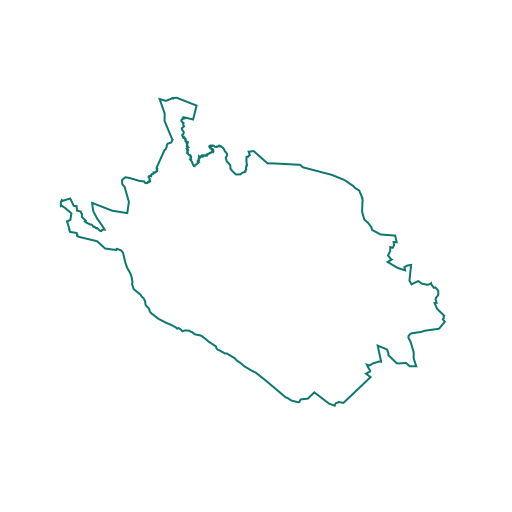 Jaunauces pag., Saldus, Latvia (Robinson projection), rotated 29°
{"feature_id": "27541924B95660010997208", "entity_name": "Jaunauces pag.", "entity_type": "district", "adm_level": 2, "iso_a3": "LVA", "parent_name": "Latvia", "parent_adm1": "Saldus", "projection": "robinson", "projection_center": [22.626, 56.459], "detail": "fine", "context": "isolated", "style": "outline", "palette": "teal", "viewbox_px": 512, "rotation_deg": 29, "n_neighbors": 0, "source": "geoboundaries", "source_scale": "gbopen_adm2", "svg_char_len": 6107}
<svg xmlns="http://www.w3.org/2000/svg" viewBox="0 0 512 512"><g transform="rotate(29 256 256)"><path d="M122.1,245.0L117.4,246.9L107.9,249.0L103.5,250.5L102.0,254.6L103.9,257.5L104.7,258.3L107.5,259.2L118.6,270.3L122.6,280.9L108.3,286.1L87.0,289.0L90.3,293.7L92.5,296.1L99.0,300.3L105.7,303.5L110.9,306.3L109.4,307.1L108.5,308.5L108.6,309.2L107.9,309.5L106.9,309.5L103.5,308.5L103.3,308.6L103.2,309.1L102.8,309.3L100.5,308.7L99.7,309.3L98.2,308.5L97.2,308.3L96.8,308.3L96.2,308.7L91.1,309.1L89.5,308.7L90.0,307.7L84.8,306.3L83.6,303.8L82.1,303.1L81.0,302.1L77.4,303.1L75.0,299.4L72.3,300.5L65.7,295.8L61.0,300.5L60.3,301.5L59.0,301.2L59.2,303.6L61.1,306.8L61.4,306.3L61.6,306.2L65.5,306.5L73.9,308.2L76.1,314.3L74.7,316.5L73.9,317.3L77.5,320.7L81.1,324.5L80.9,324.5L81.1,324.7L81.3,324.7L81.7,325.1L87.9,322.8L88.8,323.7L89.5,323.9L89.7,324.4L89.5,324.9L90.2,325.4L92.6,324.9L110.0,320.1L120.4,322.6L130.7,318.6L130.9,318.4L130.6,317.3L130.7,317.2L135.4,316.5L138.3,317.8L144.6,324.8L148.9,328.7L155.1,332.5L157.9,335.3L160.6,338.6L161.2,340.6L165.0,344.2L174.0,345.9L175.3,346.8L178.3,347.5L181.0,349.4L183.2,352.4L187.8,353.9L189.2,355.1L190.0,356.1L193.5,357.2L194.4,357.1L199.9,358.1L202.2,358.2L209.6,358.0L214.8,357.4L220.5,357.3L222.3,357.8L223.1,356.5L225.6,356.7L228.2,357.5L230.1,355.4L234.1,353.6L235.1,353.9L237.2,353.5L238.6,353.9L240.8,354.1L245.9,352.4L248.5,352.4L256.4,353.9L264.8,354.5L266.3,356.0L268.2,356.5L270.6,356.2L276.1,356.3L277.8,355.4L287.0,355.7L289.6,356.7L294.3,357.1L299.3,358.1L308.0,358.4L312.1,358.1L325.4,360.3L350.8,365.3L352.4,364.9L356.9,365.3L363.7,363.5L364.7,362.8L364.5,360.8L364.8,359.6L370.5,355.6L373.1,347.0L391.5,349.7L397.4,348.8L397.1,346.8L397.3,345.9L398.8,344.4L399.1,343.6L403.7,342.1L414.9,306.4L409.3,305.6L411.8,301.7L411.7,301.4L411.5,301.0L407.5,298.7L405.7,297.3L408.4,296.7L410.3,293.4L414.7,288.7L416.7,287.8L405.9,275.4L415.9,274.2L419.2,277.1L419.7,278.5L431.0,281.6L433.1,280.7L439.0,276.8L443.9,277.9L449.6,274.8L443.6,269.2L440.6,263.8L432.8,256.1L429.0,253.7L428.2,252.1L428.7,249.4L429.7,248.1L437.5,242.1L440.0,239.4L450.6,231.5L451.4,230.6L453.0,222.0L450.0,220.7L450.3,219.2L449.4,217.8L449.5,217.0L440.0,214.4L435.0,210.6L436.6,209.4L434.1,206.9L433.7,205.5L434.3,201.7L432.3,198.1L428.1,196.5L427.0,197.6L422.5,195.5L422.3,195.1L421.8,196.3L419.6,198.3L416.3,199.1L415.0,199.8L410.0,199.3L405.8,205.3L402.2,203.3L396.0,188.6L393.1,190.9L391.2,193.8L393.3,196.3L385.4,197.8L374.0,197.4L376.4,193.4L375.8,193.4L371.2,191.5L371.0,186.6L369.1,183.1L371.6,182.5L371.5,179.5L369.6,177.1L372.4,175.8L367.8,170.7L354.5,176.8L344.9,176.9L343.0,174.9L337.5,172.5L333.0,171.6L327.3,165.8L322.6,156.5L322.5,155.8L320.3,153.5L320.5,153.4L314.5,148.7L309.8,148.5L307.1,147.6L296.3,146.7L282.9,148.3L254.0,155.7L250.3,154.9L226.3,166.6L221.2,169.4L203.2,165.4L199.0,168.3L201.7,170.8L201.2,171.5L201.0,172.9L200.1,173.3L199.6,174.0L200.2,174.6L200.4,175.5L201.4,177.0L201.4,177.6L202.0,178.1L202.9,179.6L203.9,180.4L204.2,181.4L203.8,181.8L204.3,182.5L204.3,183.4L204.8,184.0L204.8,184.6L205.6,185.2L205.2,186.5L205.8,187.3L205.3,187.8L205.4,188.2L203.8,189.6L202.8,192.1L199.1,194.4L193.5,193.1L193.0,192.6L191.5,192.2L189.4,189.0L184.4,187.3L181.9,184.8L182.0,182.1L181.2,180.8L180.7,180.5L179.0,179.7L178.0,179.6L176.6,178.3L174.8,177.4L172.0,177.0L170.6,177.2L170.9,177.8L170.0,178.0L169.5,178.7L168.6,179.2L168.5,179.6L168.6,179.8L167.5,180.3L166.7,180.3L165.7,180.0L164.3,180.4L164.0,180.7L164.1,181.1L162.8,181.3L162.2,181.8L162.0,182.4L162.3,182.6L163.0,182.4L163.6,182.6L163.8,182.9L163.5,183.5L163.2,183.6L163.9,184.0L165.3,183.6L165.4,183.8L165.2,184.2L165.4,184.3L166.4,184.2L166.8,183.7L167.1,183.8L167.4,184.4L167.0,184.8L167.8,185.0L167.5,185.6L167.9,186.1L166.7,186.7L166.5,187.6L166.2,187.5L165.5,188.2L165.5,189.1L164.8,189.5L164.5,190.1L164.0,190.6L164.5,191.0L164.5,191.3L164.2,191.3L164.2,191.6L163.7,191.7L164.0,192.3L163.2,192.6L163.0,193.0L161.8,193.0L160.8,193.6L161.5,194.0L161.5,194.5L161.2,195.0L160.3,195.1L159.8,194.8L159.1,195.9L159.7,196.3L159.5,197.0L157.9,196.5L158.2,197.1L158.7,197.2L158.7,197.5L158.9,197.7L158.6,198.0L158.8,199.0L159.3,199.6L159.8,199.7L159.8,200.1L159.1,200.1L159.0,200.4L159.5,201.1L159.3,201.3L159.8,201.5L159.5,201.6L159.7,202.4L160.2,203.1L158.6,206.1L158.8,207.2L158.0,207.5L155.5,205.9L155.2,205.2L153.4,204.2L152.6,204.1L152.4,203.4L151.7,203.3L152.3,202.7L151.4,201.9L151.3,201.6L150.7,201.3L150.7,201.1L151.2,200.7L150.9,200.3L150.5,200.2L150.3,200.4L149.4,199.7L148.3,200.1L145.9,199.4L146.3,198.8L145.2,198.0L145.4,197.4L145.2,197.1L145.3,196.7L144.7,196.6L144.7,196.0L144.3,196.0L143.9,196.3L143.3,195.8L143.8,195.4L143.8,194.1L144.1,193.7L143.2,193.5L142.5,193.8L142.1,193.5L142.5,192.8L142.2,192.6L142.2,192.2L140.7,191.0L141.2,190.6L141.5,190.0L141.2,189.4L139.8,189.5L139.9,190.0L139.2,189.9L138.8,189.8L138.9,189.3L138.4,189.2L137.8,188.8L137.9,188.0L137.6,187.7L136.8,187.7L136.2,187.2L135.9,187.5L136.2,187.8L135.4,187.9L135.3,187.7L135.4,187.4L135.0,186.8L134.4,187.3L132.9,186.2L132.7,185.6L133.3,184.8L133.2,183.7L132.9,182.9L132.2,182.3L130.1,181.4L129.2,180.3L130.2,177.5L128.6,176.4L128.2,175.8L128.3,175.0L128.0,174.7L125.9,174.5L125.1,173.9L125.1,173.4L124.8,172.8L125.5,171.9L125.5,171.5L125.1,170.9L125.4,170.6L126.2,170.6L127.1,170.2L127.2,169.7L126.5,169.4L134.8,167.1L131.1,153.3L110.1,156.0L106.9,158.0L107.2,158.2L107.2,158.6L106.1,158.9L102.0,164.0L95.6,165.4L107.0,175.6L110.5,182.2L126.3,194.7L126.6,194.7L126.8,197.9L124.2,200.7L124.4,202.7L125.0,203.9L125.3,206.7L124.6,207.6L126.3,227.3L127.3,227.5L127.3,228.2L127.9,228.6L127.8,229.1L128.3,229.8L128.1,230.2L127.6,230.4L127.4,230.9L127.6,231.6L127.4,231.9L126.3,232.4L126.7,232.7L126.0,233.6L126.2,234.0L125.3,234.7L125.0,235.4L125.1,235.9L124.9,236.3L125.5,236.5L125.6,237.0L124.9,237.0L123.6,238.1L123.5,238.6L123.8,239.0L125.5,239.9L126.2,240.8L126.1,241.2L126.4,241.3L126.2,241.8L126.3,242.0L127.1,242.3L126.4,243.4L125.6,243.6L125.6,244.1L125.3,244.5L125.6,244.9L125.4,245.1L124.7,245.2L124.1,245.8L123.6,245.8L122.5,245.4L122.1,245.0Z" fill="none" stroke="#0f766e" stroke-width="2"/></g></svg>